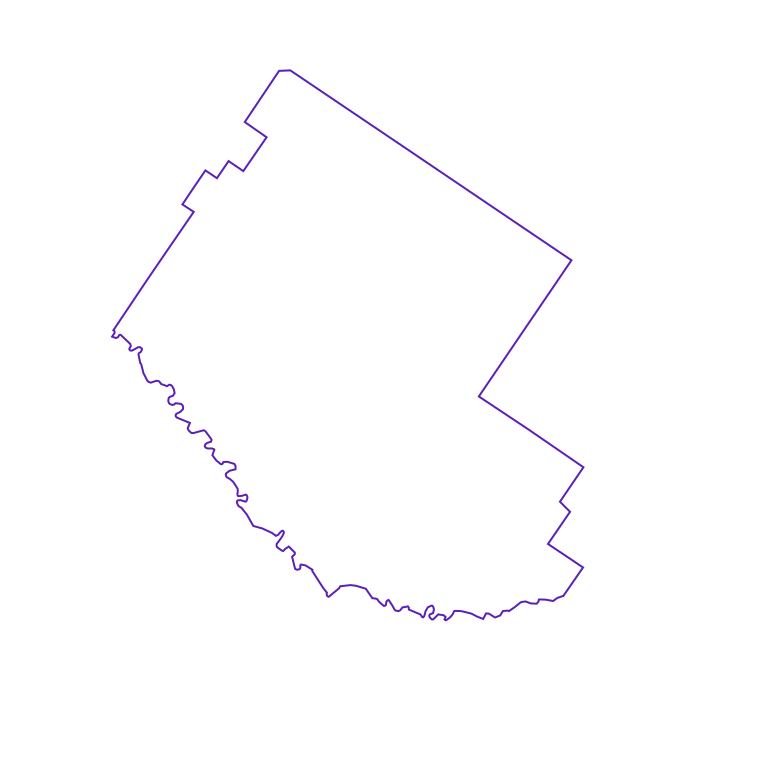 outline of Pearl River, Mississippi, United States of America, rotated 304°
{"feature_id": "52423323B37211265449281", "entity_name": "Pearl River", "entity_type": "district", "adm_level": 2, "iso_a3": "USA", "parent_name": "United States of America", "parent_adm1": "Mississippi", "projection": "robinson", "projection_center": [-89.76, 30.737], "detail": "fine", "context": "isolated", "style": "outline", "palette": "violet", "viewbox_px": 768, "rotation_deg": 304, "n_neighbors": 0, "source": "geoboundaries", "source_scale": "gbopen_adm2", "svg_char_len": 3430}
<svg xmlns="http://www.w3.org/2000/svg" viewBox="0 0 768 768"><g transform="rotate(304 384 384)"><path d="M277.2,129.6L277.2,130.9L275.7,132.1L271.2,132.1L272.2,136.1L274.0,137.2L276.8,137.2L277.5,138.3L275.7,149.0L275.3,151.3L273.9,152.9L270.9,153.1L270.1,153.8L269.9,154.8L270.7,156.4L277.0,159.6L278.0,160.9L278.1,163.2L277.3,164.0L276.2,164.3L274.5,164.4L272.5,163.6L271.1,164.0L265.0,170.3L264.6,171.7L258.5,178.5L254.3,186.1L254.1,187.6L254.7,189.9L259.4,193.5L260.3,195.3L260.4,196.4L259.4,199.3L260.9,205.4L263.4,206.4L264.0,208.1L263.7,209.7L262.1,212.7L259.4,215.5L256.1,215.6L253.4,213.5L251.8,213.4L249.2,214.7L247.9,216.5L247.7,218.0L248.4,220.5L250.0,221.6L251.5,221.9L254.0,226.9L253.7,228.9L252.4,230.5L250.8,231.4L247.2,230.8L243.0,228.5L241.6,228.7L240.7,229.5L240.3,230.9L241.6,237.3L243.2,244.9L238.8,245.7L237.4,246.1L236.2,248.2L235.7,251.7L236.7,253.4L244.6,260.2L245.0,261.0L244.9,262.6L241.8,271.4L241.1,272.4L239.4,272.8L236.1,270.3L233.8,269.6L232.3,270.1L231.8,270.9L231.5,272.3L232.0,273.9L234.3,277.3L234.9,279.5L234.6,280.2L232.9,280.5L229.0,281.6L226.9,287.5L226.3,293.1L226.6,294.2L227.4,294.7L229.5,294.5L231.9,297.6L234.1,304.6L233.1,306.7L230.3,308.6L225.6,304.4L221.6,303.1L220.9,303.3L219.9,303.9L218.8,305.6L219.1,309.4L218.5,313.9L215.5,320.8L215.1,321.5L212.2,323.4L210.6,324.1L209.8,325.0L209.5,325.9L210.0,326.5L211.9,328.8L213.1,329.8L213.8,330.3L214.9,331.1L215.0,332.0L214.7,333.0L213.4,334.4L210.2,335.4L209.0,335.0L208.6,333.7L207.9,331.6L207.5,329.9L205.5,327.7L204.6,327.7L203.3,328.5L201.7,331.1L201.4,332.4L201.7,334.9L199.0,343.5L193.2,355.0L196.2,363.9L197.9,374.5L197.7,379.3L199.8,380.6L203.0,380.9L205.2,381.5L205.8,382.2L205.4,383.5L204.6,384.2L201.3,384.8L197.6,384.8L191.4,384.5L190.1,385.2L189.8,385.5L188.9,386.7L188.8,392.9L189.3,393.9L192.0,394.3L196.0,396.0L194.4,404.3L192.9,405.2L189.4,404.4L181.6,413.0L181.0,414.0L181.5,416.0L183.4,417.6L184.9,417.4L186.9,416.0L187.9,416.1L189.7,420.4L190.0,428.5L188.9,429.0L182.3,444.3L180.5,448.8L179.3,452.7L179.1,453.4L177.8,453.8L176.4,455.6L176.7,457.2L185.5,459.8L189.5,461.0L191.8,460.8L198.5,468.6L201.1,473.7L204.1,483.4L199.9,494.1L201.4,497.0L201.9,498.5L200.6,502.1L199.9,508.1L201.5,509.2L205.1,507.7L206.3,507.8L207.5,508.6L207.0,510.1L204.8,515.2L202.8,519.1L202.7,520.5L203.8,523.0L205.5,524.0L209.0,524.2L213.0,528.2L212.5,529.6L211.8,530.1L210.9,530.7L213.3,542.9L212.2,546.0L212.3,546.8L213.8,547.2L215.8,546.6L218.9,545.5L223.3,545.2L226.7,547.2L227.2,548.1L226.9,549.3L225.0,551.5L221.5,552.8L218.6,550.9L217.6,550.9L216.5,551.7L215.7,553.9L215.7,555.5L216.5,556.5L223.3,557.8L225.6,562.6L225.4,565.2L223.7,565.7L222.7,565.8L222.6,566.5L222.6,567.3L223.8,568.0L226.1,568.8L228.1,569.4L231.8,569.7L234.9,569.2L235.4,569.5L238.8,574.8L241.9,583.0L242.6,585.4L243.2,591.0L244.7,597.6L250.9,596.9L252.3,599.5L252.5,606.4L252.8,606.9L257.1,609.7L262.4,609.6L265.3,613.3L265.6,614.6L272.0,617.1L278.8,619.2L280.1,619.8L282.9,623.0L284.1,628.2L287.2,633.4L290.0,633.7L291.9,632.9L292.3,633.3L295.6,638.6L298.7,645.6L303.5,647.3L308.2,650.8L308.4,651.2L343.2,651.6L343.1,609.4L382.1,609.7L384.8,595.7L426.5,595.9L427.1,529.8L426.7,469.6L591.4,470.2L591.4,424.7L591.6,268.6L591.6,218.4L591.6,130.9L584.9,121.9L523.3,122.1L522.9,148.7L481.8,148.3L481.9,130.5L461.2,130.4L461.2,116.5L435.7,116.4L420.1,116.5L420.3,130.0L373.0,129.6L337.3,129.4L277.2,129.6Z" fill="none" stroke="#5b21b6" stroke-width="2"/></g></svg>